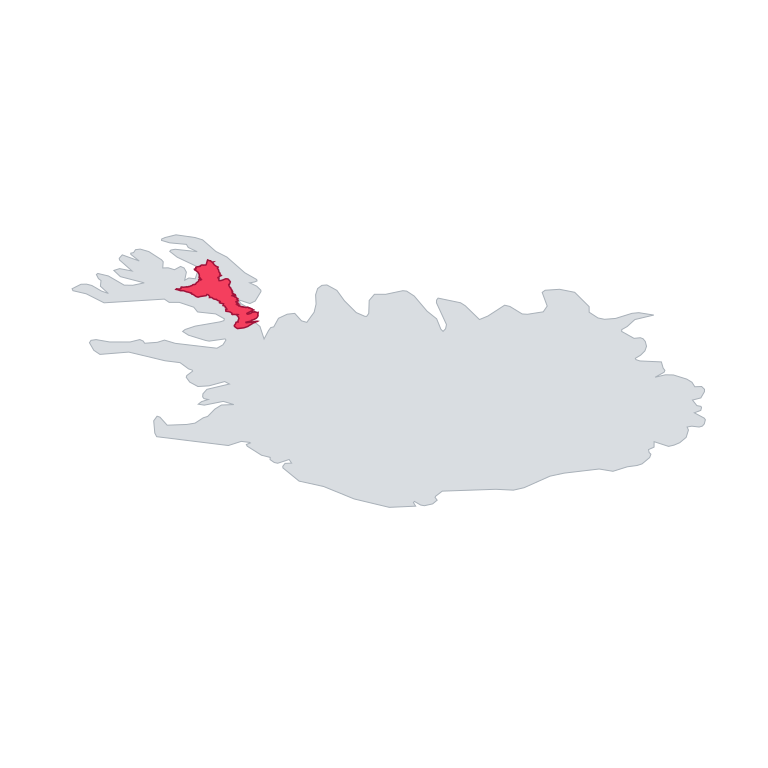 location of Strandabyggð, Vestfirðir, Iceland, rotated 9°
{"feature_id": "244011B90835463390859", "entity_name": "Strandabyggð", "entity_type": "district", "adm_level": 2, "iso_a3": "ISL", "parent_name": "Iceland", "parent_adm1": "Vestfirðir", "projection": "robinson", "projection_center": [-21.814, 65.764], "detail": "fine", "context": "in_parent", "style": "filled", "palette": "rose", "viewbox_px": 768, "rotation_deg": 9, "n_neighbors": 0, "source": "geoboundaries", "source_scale": "gbopen_adm2", "svg_char_len": 9369}
<svg xmlns="http://www.w3.org/2000/svg" viewBox="0 0 768 768"><g transform="rotate(9 384 384)"><path d="M585.0,285.3L591.7,285.6L602.5,283.0L617.9,275.4L624.5,273.7L639.7,273.7L621.7,281.1L615.2,289.2L610.3,293.1L610.5,294.9L623.8,299.8L630.0,298.2L632.8,298.8L635.4,301.1L637.4,305.7L636.5,310.5L633.0,315.3L628.2,319.3L629.0,320.5L633.1,321.2L654.5,318.8L657.2,324.6L659.3,326.6L658.8,328.6L650.7,334.9L660.5,330.9L668.4,329.8L682.2,331.8L687.9,334.1L691.4,338.1L698.1,336.8L701.4,339.1L701.7,341.5L699.1,348.2L691.2,351.6L696.4,356.4L700.5,356.5L701.3,357.6L701.0,360.5L695.0,363.9L705.6,367.6L707.0,369.0L706.6,373.3L705.0,375.8L702.0,377.2L694.6,377.5L690.1,379.1L691.9,381.8L690.8,389.4L685.3,395.7L680.0,399.0L674.8,401.1L659.8,398.7L660.6,404.1L655.5,407.4L656.6,410.2L658.6,411.6L657.9,415.1L651.4,422.5L646.7,424.9L637.3,427.7L623.8,434.4L609.8,434.3L575.7,443.9L562.3,449.1L538.6,464.5L528.4,468.6L510.9,470.5L458.3,480.7L452.5,486.8L452.2,488.1L454.7,490.4L450.8,494.8L442.9,497.9L439.1,497.8L432.4,495.2L431.6,496.5L434.4,499.7L408.5,505.0L372.5,502.2L340.5,494.7L315.3,493.2L297.3,482.7L296.9,481.1L298.7,477.9L305.1,476.6L302.1,473.4L291.4,478.9L287.9,478.7L283.3,476.5L283.1,474.3L274.1,473.5L258.6,466.8L257.5,465.3L261.2,463.1L260.4,462.7L252.0,463.0L239.9,469.1L167.7,471.6L165.3,468.3L162.3,456.4L164.9,451.3L167.9,451.8L176.3,458.6L195.6,454.8L203.5,452.2L210.7,445.7L214.9,443.6L220.8,435.3L226.7,430.2L238.9,427.8L228.0,426.3L209.8,433.0L203.7,433.0L206.5,430.0L212.8,426.8L208.5,426.6L206.9,425.1L206.7,422.0L209.9,417.0L231.3,408.2L226.3,406.5L211.4,413.2L200.6,415.6L191.8,412.5L187.6,408.3L187.9,406.5L193.0,401.2L192.2,400.2L188.7,399.7L179.2,394.8L164.1,395.3L126.9,392.4L98.8,399.2L92.1,396.1L86.6,389.3L87.8,386.7L92.7,385.2L106.4,385.4L126.7,382.2L135.9,378.3L139.5,379.3L141.2,381.2L153.6,378.3L160.3,375.0L171.4,376.5L213.4,374.8L218.8,370.5L221.0,365.3L220.0,364.3L204.6,369.0L201.1,368.9L183.3,366.4L176.9,363.6L179.0,361.3L188.4,356.4L212.5,348.2L215.9,346.5L216.2,344.6L206.7,341.1L188.6,342.0L184.1,337.9L169.1,335.4L159.1,337.0L153.8,334.5L94.8,347.6L75.8,341.5L62.2,340.5L61.0,338.7L69.1,332.9L74.5,331.9L80.0,332.4L90.4,336.4L97.6,337.7L88.6,331.8L88.3,326.1L85.5,324.6L82.8,320.9L84.0,319.6L94.8,320.4L111.9,327.0L120.4,325.8L131.4,321.6L106.8,319.2L99.4,314.1L104.8,311.4L117.5,311.8L103.4,302.9L102.8,301.3L105.3,297.4L123.0,300.8L113.7,295.6L113.4,294.4L116.1,293.4L117.6,290.2L122.1,288.9L131.0,290.0L144.8,296.1L146.8,297.8L147.3,304.0L152.7,303.0L159.2,303.9L164.7,299.7L168.4,300.7L171.3,304.4L170.9,312.7L174.7,309.8L181.1,309.6L182.2,302.8L181.0,297.3L159.9,291.1L151.6,286.5L152.6,285.0L156.7,283.6L178.8,282.5L169.3,279.8L167.0,277.0L150.3,278.1L141.8,277.0L141.7,275.6L145.0,273.5L155.2,269.2L174.5,268.9L182.3,270.0L197.2,279.4L209.0,283.2L229.1,295.9L241.9,300.7L242.5,302.0L240.4,303.4L235.5,305.1L243.0,307.3L247.7,310.6L248.0,312.0L243.8,322.2L239.0,325.5L227.2,323.6L230.0,326.9L238.5,330.3L240.4,332.3L239.1,334.2L243.2,333.6L244.5,334.6L242.6,340.4L240.5,342.5L247.6,343.7L252.5,346.6L258.5,358.3L261.6,349.3L263.3,346.0L266.2,344.8L269.5,335.6L277.5,330.2L284.8,328.2L292.6,334.5L298.1,335.2L303.8,324.0L304.4,315.7L302.5,306.6L303.5,300.1L307.2,296.3L312.1,295.1L322.8,298.9L331.9,308.0L345.4,317.8L354.7,320.2L356.3,319.9L357.9,316.7L356.3,303.8L360.5,296.9L371.5,295.2L388.0,288.9L391.8,288.7L400.1,292.4L415.1,305.3L425.8,311.4L431.6,321.0L434.1,322.8L436.2,319.8L436.4,315.5L423.1,295.6L422.8,292.9L424.0,290.7L446.9,291.8L452.0,294.0L468.2,305.4L475.9,300.7L490.8,287.3L496.2,287.7L509.5,293.2L514.8,292.7L530.0,287.8L533.0,281.5L525.9,268.8L528.5,266.2L542.6,263.0L558.0,263.6L574.5,275.5L575.4,281.0L585.0,285.3Z" fill="#d9dde1" stroke="#a8b0b8" stroke-width="1"/><path d="M237.5,350.1L240.6,348.4L241.6,347.4L243.1,346.2L245.6,344.0L247.1,343.3L248.0,342.5L248.9,342.2L249.4,341.8L249.0,341.8L247.4,342.2L245.7,342.7L243.7,343.7L241.8,344.0L238.7,345.0L238.2,345.0L238.0,344.6L239.8,343.8L240.2,343.9L240.4,343.6L242.3,342.8L242.6,342.5L243.3,342.3L243.5,342.1L243.3,341.9L243.3,341.7L245.2,340.8L245.8,340.3L246.1,340.2L246.5,339.8L246.8,339.7L247.7,338.9L248.2,338.1L248.5,337.6L248.5,337.4L248.8,337.0L248.7,336.5L248.9,336.0L248.5,335.4L248.6,335.1L248.5,334.9L248.4,334.6L248.6,334.4L248.5,334.2L248.5,333.6L248.5,333.4L248.4,333.5L248.3,333.3L248.0,333.2L246.7,333.1L246.4,333.1L245.9,333.0L244.9,333.2L244.7,333.2L244.9,333.0L244.8,332.9L244.3,333.2L244.2,333.2L244.3,333.1L244.1,333.1L243.4,333.7L242.7,333.8L242.9,333.4L242.1,334.2L241.8,334.6L241.5,335.0L241.2,335.1L240.9,335.3L240.7,335.3L239.6,336.0L238.5,336.4L237.6,336.1L237.5,335.7L238.1,335.2L238.6,334.9L238.8,334.6L239.2,334.4L240.1,333.8L241.1,333.0L241.8,332.6L242.1,332.6L242.6,332.4L242.6,332.2L242.5,331.8L242.8,331.6L243.0,331.6L243.2,331.3L242.8,331.4L242.3,330.6L240.7,330.2L240.1,330.2L239.4,330.0L238.9,330.0L239.0,329.8L238.2,329.8L238.1,329.7L237.9,329.5L237.5,329.4L237.0,329.5L236.5,329.8L235.4,330.1L234.8,329.9L234.4,330.0L234.1,329.9L233.4,330.1L233.1,330.0L232.8,330.1L232.6,329.9L231.8,330.0L231.7,329.9L231.8,329.8L231.4,329.8L230.9,330.0L230.5,329.9L229.6,329.5L228.5,329.7L228.1,329.4L228.4,328.8L227.9,329.0L227.7,328.9L227.9,328.8L227.5,328.8L227.8,328.5L227.4,328.7L227.7,328.3L227.4,328.5L227.1,328.6L227.3,328.5L227.3,328.3L227.0,328.3L226.8,328.1L226.6,328.1L227.1,327.7L226.9,327.7L227.0,327.5L226.7,327.3L226.9,327.0L226.6,327.0L226.7,326.9L226.5,326.7L225.8,326.3L225.7,326.2L225.2,326.2L224.9,326.0L225.0,325.7L225.3,325.4L225.9,325.5L226.0,325.5L225.8,325.5L225.9,325.3L226.1,325.1L226.9,324.9L226.9,324.7L226.9,324.3L226.8,324.2L226.1,323.4L226.0,323.1L226.1,322.9L225.6,323.0L225.8,322.6L225.8,322.4L225.0,322.1L224.9,321.9L224.3,321.6L222.8,321.3L222.6,321.0L222.4,320.9L220.5,320.5L220.0,320.5L220.2,320.1L220.6,320.0L221.5,320.0L222.2,319.9L223.0,320.1L223.6,320.1L223.0,319.9L223.1,319.6L223.5,319.7L223.3,319.3L222.7,319.2L222.8,318.9L222.3,318.7L221.5,318.7L220.9,318.5L220.9,318.3L220.1,318.2L219.7,317.6L219.7,317.4L220.0,317.3L220.2,316.8L220.1,316.6L219.9,316.5L220.0,316.4L219.9,316.1L219.5,315.8L219.2,315.7L219.3,315.4L219.1,315.0L218.6,314.8L218.4,314.3L217.9,313.9L217.8,313.6L217.6,313.1L216.9,312.9L216.9,312.6L216.1,312.0L215.6,311.2L215.2,310.6L215.1,310.2L215.5,310.0L215.4,309.9L215.4,309.6L215.8,309.2L215.8,308.9L216.0,308.7L216.0,308.1L216.1,307.9L216.2,307.7L216.3,307.2L216.0,306.8L213.9,304.9L213.3,304.7L212.1,304.7L211.0,304.9L208.3,306.6L206.8,307.3L205.6,307.6L204.9,307.7L204.4,306.4L204.6,306.0L204.6,305.8L204.3,305.5L203.5,305.2L203.3,305.1L203.3,304.8L204.4,304.2L204.6,303.6L204.6,303.2L205.9,302.7L206.3,302.2L205.6,302.0L204.8,301.5L204.6,300.8L204.8,300.3L204.0,299.5L203.4,299.1L203.2,298.6L203.2,298.3L202.9,297.6L202.8,297.2L201.4,295.8L201.4,295.6L201.9,294.8L201.8,294.4L201.0,294.3L199.9,294.0L198.0,293.0L197.4,292.6L196.9,291.9L196.4,291.6L196.0,291.1L196.0,290.6L196.1,290.4L196.3,290.2L195.6,290.4L195.1,290.5L193.8,289.8L193.5,289.4L193.0,289.5L192.2,289.5L190.4,289.0L190.2,290.0L189.7,294.0L188.7,294.6L187.6,294.6L187.2,294.9L186.3,294.8L185.9,295.0L185.3,295.0L185.2,295.1L184.6,295.5L183.7,296.2L184.1,296.1L183.7,296.5L183.8,296.6L181.1,297.5L179.9,298.1L179.8,298.4L180.2,299.1L179.9,299.5L180.0,299.6L179.7,299.7L178.7,300.2L178.7,300.3L178.9,300.6L179.1,300.9L180.5,301.4L181.3,301.9L182.4,302.4L183.3,303.3L184.1,304.4L184.4,304.9L184.7,305.9L184.6,306.5L184.7,306.9L185.1,307.3L184.8,307.7L185.0,307.8L185.2,308.5L185.4,308.6L185.8,308.5L185.6,308.4L185.9,308.2L186.1,308.5L185.8,308.5L186.2,308.7L186.2,308.9L187.2,309.5L186.9,309.7L187.1,309.9L186.8,309.8L186.7,310.0L186.3,309.8L186.2,309.5L185.7,309.6L185.4,309.7L185.5,309.8L184.8,310.1L184.6,310.3L184.7,310.6L184.8,310.8L184.8,311.5L183.0,313.2L182.7,313.6L182.7,313.9L182.3,314.7L182.1,314.9L182.1,315.0L181.7,315.0L181.4,315.4L181.1,315.4L181.4,315.3L180.8,315.5L180.5,315.5L179.9,315.7L179.6,315.9L179.5,316.2L178.8,316.9L178.2,317.1L176.7,318.1L175.7,318.3L175.6,318.5L175.4,318.6L175.1,318.8L174.1,318.8L174.1,319.0L172.9,319.2L170.4,319.9L169.2,319.8L168.5,320.0L168.4,320.2L168.5,320.8L168.4,321.0L168.5,321.5L168.3,321.7L167.1,322.2L165.7,322.4L164.2,322.4L163.7,323.1L165.6,323.2L168.4,323.7L171.4,323.2L174.8,323.9L176.0,323.9L178.4,324.2L179.3,324.2L179.5,324.3L179.2,324.6L179.8,324.8L180.0,325.2L180.3,325.3L181.5,325.4L184.7,327.0L186.8,327.3L189.0,326.3L194.4,324.6L194.6,324.5L194.9,323.9L195.0,323.3L195.7,323.3L196.7,323.5L197.2,324.1L197.8,324.5L198.1,324.7L198.2,325.1L198.1,325.9L200.5,325.5L201.2,326.0L202.1,326.4L202.2,326.6L204.3,326.8L205.3,326.6L206.2,327.4L208.9,327.9L209.3,328.2L209.2,328.5L208.7,329.0L208.7,329.3L208.8,329.5L209.9,329.7L213.0,329.9L212.7,331.7L214.0,331.8L214.9,332.2L215.2,332.5L215.3,333.3L215.9,333.3L216.2,334.0L217.1,334.6L216.0,335.4L216.5,336.9L219.2,336.8L220.9,337.0L222.8,337.9L222.9,338.1L222.7,338.7L223.0,339.0L223.4,339.1L223.9,339.1L224.8,338.7L226.4,338.7L227.8,338.3L228.9,338.3L228.4,338.9L228.2,339.4L229.3,340.1L230.4,341.8L229.9,344.7L230.2,345.5L229.5,345.6L228.2,346.2L227.9,348.0L227.0,349.5L227.1,350.2L228.2,351.1L230.6,352.2L236.6,350.5L237.5,350.1ZM244.8,332.6L245.1,332.3L245.2,332.2L244.8,332.4L244.9,332.5L244.7,332.6L244.8,332.6ZM223.5,319.7L223.2,319.7L223.1,319.8L223.5,319.7ZM242.9,333.4L243.1,333.2L243.3,333.1L242.9,333.4Z" fill="#f43f5e" stroke="#9f1239" stroke-width="1.5"/></g></svg>